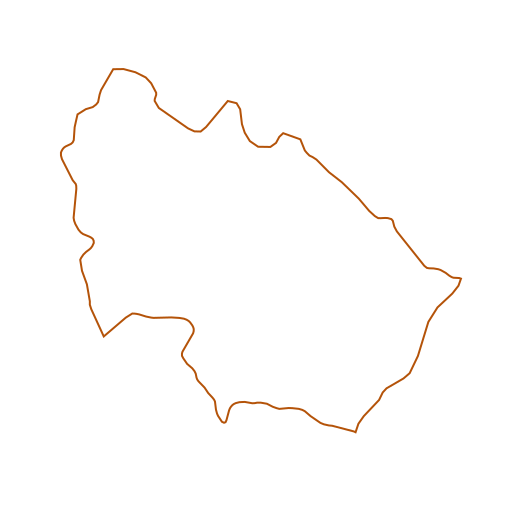 SVG path tracing the border of Campobasso, rotated 97°
{"feature_id": "ITA-5401", "entity_name": "Campobasso", "entity_type": "Province", "adm_level": 1, "iso_a3": "ITA", "parent_name": "Italy", "parent_adm1": "", "projection": "mercator", "projection_center": [14.809, 41.724], "detail": "fine", "context": "isolated", "style": "outline", "palette": "amber", "viewbox_px": 512, "rotation_deg": 97, "n_neighbors": 0, "source": "natural_earth", "source_scale": "10m", "svg_char_len": 2372}
<svg xmlns="http://www.w3.org/2000/svg" viewBox="0 0 512 512"><g transform="rotate(97 256 256)"><path d="M253.5,49.8L260.8,51.4L269.4,56.6L284.9,69.6L300.4,76.9L335.5,83.1L353.6,89.2L359.6,94.7L371.4,110.3L376.0,113.6L383.9,116.3L401.8,129.5L410.0,133.9L418.8,135.7L418.2,137.5L415.2,159.8L415.3,163.0L414.8,168.1L413.8,171.7L408.3,182.3L404.1,188.6L403.1,191.3L402.5,194.9L402.6,201.4L402.9,205.0L404.9,214.2L404.5,217.0L403.6,221.0L401.3,227.2L401.0,233.4L401.4,236.9L402.2,239.3L402.6,241.7L402.2,249.4L403.1,254.6L404.5,258.2L405.6,259.9L406.8,261.2L408.5,262.4L410.3,263.3L412.5,263.9L422.5,265.3L424.7,266.0L425.4,267.4L424.7,269.6L419.3,274.2L417.1,275.5L413.4,277.0L405.4,279.0L403.7,280.1L402.0,281.8L397.9,286.7L392.9,291.0L387.4,297.8L385.7,299.3L384.0,300.2L380.1,301.5L377.8,303.0L375.2,305.6L371.5,311.2L366.4,315.7L364.1,317.3L361.8,317.6L359.9,317.3L340.4,309.0L338.2,308.7L336.1,308.9L334.4,309.6L332.7,310.7L329.9,313.3L328.7,314.9L327.7,317.1L327.0,319.9L326.8,324.5L327.3,332.7L329.9,350.2L329.9,352.6L329.5,357.7L328.2,364.9L328.0,367.5L328.0,369.8L328.2,371.8L333.0,377.7L354.4,397.3L328.9,413.0L324.6,415.0L321.2,415.4L304.7,420.4L291.9,426.9L281.2,430.0L279.1,429.3L275.6,427.5L272.6,425.1L269.9,422.3L268.3,420.9L266.2,419.7L262.8,418.6L260.6,419.0L258.9,420.1L257.9,421.7L257.1,423.7L255.3,430.3L253.9,432.8L251.5,435.4L246.3,439.2L243.2,440.8L240.3,441.7L211.3,442.5L208.2,443.0L206.5,443.7L203.1,447.2L183.5,460.4L180.1,461.8L177.1,462.2L175.0,461.6L173.1,460.7L171.6,459.6L170.4,458.2L167.3,453.3L165.6,451.8L163.2,451.0L150.3,451.7L145.0,451.2L137.2,450.4L131.0,442.8L128.1,436.2L125.1,433.1L122.5,431.5L114.8,430.9L110.2,430.0L88.0,420.5L86.6,410.2L88.3,398.1L92.2,387.2L97.3,381.1L106.1,375.0L108.2,374.7L112.6,375.6L114.4,375.5L120.9,370.5L137.6,339.0L139.8,332.3L139.2,326.1L134.1,321.3L105.6,302.9L106.7,293.9L112.3,289.6L126.9,286.0L135.0,282.2L142.7,276.1L147.3,267.2L146.0,255.0L141.3,249.9L134.9,247.4L130.8,244.0L134.8,226.2L145.3,220.4L147.4,218.2L149.8,215.2L150.9,211.9L152.9,207.8L164.0,193.7L172.3,179.8L186.6,160.9L197.5,149.1L201.9,142.9L203.5,139.4L203.3,137.1L202.5,132.5L202.3,129.8L202.9,126.1L204.4,124.5L210.0,122.3L214.4,119.2L245.2,87.8L247.0,84.9L247.1,82.7L246.7,78.2L246.9,73.5L247.4,71.1L249.6,65.7L252.0,61.7L253.1,59.2L253.5,57.4L253.1,51.6L253.5,49.8Z" fill="none" stroke="#b45309" stroke-width="2"/></g></svg>